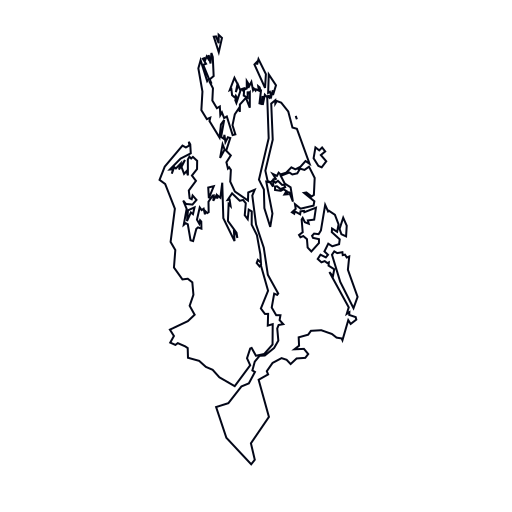 outline of Nærøy nor, Nord-Trøndelag, Norway, rotated 107°
{"feature_id": "86288312B32212303283583", "entity_name": "Nærøy nor", "entity_type": "district", "adm_level": 2, "iso_a3": "NOR", "parent_name": "Norway", "parent_adm1": "Nord-Trøndelag", "projection": "mercator", "projection_center": [11.614, 64.899], "detail": "fine", "context": "isolated", "style": "outline", "palette": "ink", "viewbox_px": 512, "rotation_deg": 107, "n_neighbors": 0, "source": "geoboundaries", "source_scale": "gbopen_adm2", "svg_char_len": 6108}
<svg xmlns="http://www.w3.org/2000/svg" viewBox="0 0 512 512"><g transform="rotate(107 256 256)"><path d="M353.4,208.9L346.2,201.7L346.3,196.4L349.2,191.3L342.1,187.2L339.0,179.1L334.5,177.4L330.8,183.0L334.0,192.0L329.2,188.6L321.3,191.4L316.0,183.1L311.5,181.6L307.9,171.9L308.4,160.5L310.5,155.1L309.8,150.0L311.3,148.7L290.4,149.0L293.3,145.6L287.5,141.5L285.3,142.8L285.1,149.6L282.4,150.3L284.8,152.3L278.0,152.3L249.9,181.1L252.9,176.5L245.8,177.3L244.0,183.8L240.8,184.5L241.9,185.7L240.8,188.8L242.9,191.6L240.8,196.1L235.9,194.7L236.9,188.8L233.8,187.5L231.6,191.9L223.1,190.5L224.4,185.9L220.4,180.0L215.6,180.8L211.0,190.5L207.5,191.3L209.1,185.5L201.6,186.3L193.5,192.6L191.4,199.6L192.3,200.1L186.9,204.8L212.6,201.4L216.8,202.5L217.6,207.0L220.3,208.3L222.0,206.8L221.5,200.7L225.2,199.6L235.5,204.4L232.8,209.1L225.0,212.2L223.1,216.6L225.1,219.0L223.3,221.0L219.6,218.3L207.8,223.0L205.9,222.5L209.4,219.2L209.7,215.0L206.8,216.8L204.2,211.0L192.3,212.8L200.0,222.6L198.8,223.3L200.3,226.5L203.2,226.0L202.0,231.9L204.4,231.8L203.7,234.4L199.3,231.8L195.0,233.9L197.7,227.2L191.0,215.7L186.6,216.2L181.6,228.5L180.5,226.4L182.8,220.2L180.7,218.5L164.2,222.7L155.1,231.4L159.5,234.8L159.6,239.4L164.9,240.7L167.4,245.1L166.4,248.5L172.1,255.8L178.3,249.7L180.2,243.0L193.2,236.6L185.5,242.7L185.8,245.8L187.7,243.8L188.9,246.8L185.0,245.8L184.2,249.2L186.4,251.3L187.3,257.1L184.0,258.1L183.2,256.4L184.8,252.1L181.7,248.2L179.6,249.9L180.4,251.8L177.7,257.0L180.2,258.7L178.8,261.5L183.8,260.1L184.2,260.6L181.5,263.9L181.9,267.9L210.6,252.7L224.0,250.9L207.8,262.0L190.1,267.9L182.1,275.5L139.7,278.3L101.1,291.6L99.8,291.2L100.9,289.0L99.8,288.3L99.0,290.4L100.4,292.7L99.2,294.7L109.6,293.7L101.1,296.5L109.0,295.5L109.0,297.3L95.3,299.8L96.7,300.0L93.7,301.8L93.0,303.5L97.0,301.6L96.6,304.7L97.9,304.8L96.5,306.9L98.3,307.3L90.9,311.3L97.5,312.5L93.5,313.6L91.4,316.0L98.5,313.8L100.4,315.9L99.4,315.7L98.1,316.3L101.1,316.3L100.0,317.7L100.8,318.8L101.6,315.7L106.2,314.6L107.1,310.2L101.2,312.1L102.6,310.7L101.1,309.8L116.0,305.3L107.7,311.9L115.8,315.7L122.9,313.6L119.8,315.6L126.7,317.7L137.8,316.7L145.7,311.3L147.2,313.7L131.1,324.7L133.4,326.8L128.6,330.6L131.7,331.3L123.6,334.3L126.1,336.6L120.1,343.2L108.2,346.2L102.5,351.8L104.2,348.9L100.6,351.9L96.3,349.1L78.4,355.5L74.9,358.0L85.2,355.8L77.7,360.0L81.3,359.4L79.5,361.5L83.0,361.8L81.9,363.3L82.9,364.5L86.8,360.0L88.6,362.4L100.3,352.8L103.1,353.8L85.0,366.2L93.4,366.0L114.4,355.3L132.5,350.9L139.5,343.0L137.1,340.2L140.6,339.9L153.4,325.5L140.4,328.0L135.3,326.2L152.3,324.2L153.3,321.2L149.4,321.6L156.1,318.5L150.7,317.6L150.7,315.1L164.0,315.3L167.2,309.5L175.0,311.7L180.6,308.4L179.1,307.6L181.0,305.2L192.4,302.4L200.5,295.1L205.3,279.9L197.5,282.0L193.0,276.6L199.3,277.2L225.8,265.2L245.8,251.0L270.5,239.2L285.4,223.8L287.0,224.4L286.7,227.6L300.7,225.9L306.7,219.4L305.5,215.3L310.4,214.7L313.2,210.0L315.4,214.2L319.1,214.5L330.4,209.9L338.7,211.8L348.6,218.5L350.4,223.4L357.4,226.3L366.5,226.0L367.2,223.1L379.9,225.6L385.0,231.8L404.8,239.4L412.1,250.0L438.5,231.2L456.6,199.7L451.2,197.6L436.6,206.1L406.1,196.6L373.6,217.3L365.7,209.8L363.0,212.0L353.4,208.9ZM386.7,238.3L362.2,229.6L356.4,234.7L346.2,234.5L345.2,233.3L351.4,226.9L347.3,219.5L335.8,214.3L316.3,220.1L319.1,224.4L307.8,227.5L308.8,230.5L304.8,236.0L285.7,234.3L263.0,248.9L264.9,249.6L262.5,253.3L259.2,253.1L261.0,249.3L253.0,252.4L235.8,261.2L227.3,269.3L214.6,273.1L213.8,276.5L223.2,274.7L220.3,278.7L208.5,281.2L206.2,284.7L207.9,287.7L203.1,297.2L210.7,299.5L209.8,297.7L215.7,294.9L214.2,297.4L230.7,293.1L239.5,281.4L244.2,279.1L241.0,281.1L239.6,284.0L248.0,280.9L229.4,298.3L195.8,309.7L210.7,307.1L209.5,310.1L212.4,309.9L209.5,311.6L215.7,313.0L210.4,314.1L210.9,315.1L218.0,317.3L227.9,314.1L229.2,315.2L228.0,317.5L231.1,317.0L226.1,319.9L228.0,321.4L226.0,324.0L238.5,323.1L241.7,319.7L238.2,319.9L239.1,318.4L245.8,316.2L245.6,319.8L247.5,321.0L260.1,320.5L260.1,323.2L245.6,330.5L245.2,332.8L247.4,334.2L231.2,336.1L224.3,341.8L226.7,338.2L225.4,331.8L219.8,329.3L216.7,334.3L220.5,334.1L220.1,336.4L213.0,339.4L201.7,335.4L197.8,340.8L190.1,337.8L182.2,340.1L179.7,345.3L181.7,346.5L180.5,348.7L183.6,349.4L198.8,344.7L195.1,347.2L198.5,348.8L192.6,353.3L184.9,352.0L195.8,354.9L189.9,355.2L195.7,358.2L194.9,360.2L201.9,360.6L197.3,360.7L198.5,363.7L184.9,356.6L176.9,348.4L168.5,351.5L166.4,353.7L169.7,352.0L172.7,354.8L171.9,358.6L197.2,369.4L211.4,370.5L213.7,363.9L234.5,347.4L267.5,341.8L273.9,334.9L291.0,331.1L299.9,319.5L297.7,314.6L299.8,309.2L311.4,304.5L323.0,304.9L330.1,297.5L338.2,302.1L351.6,316.8L356.5,311.1L363.9,312.7L364.6,307.1L362.2,305.3L363.1,297.4L364.0,294.4L373.2,291.3L372.9,279.7L376.7,271.5L377.5,264.2L382.7,255.6L386.7,238.3ZM152.1,231.8L122.4,254.1L122.5,258.7L108.4,267.4L102.0,276.7L101.7,281.4L104.6,282.1L101.4,283.1L105.8,286.0L139.9,274.0L171.7,272.0L180.9,266.8L181.2,263.5L176.4,260.9L177.0,258.9L172.6,264.0L173.3,259.4L169.7,258.7L170.8,256.4L167.5,251.5L160.9,248.1L161.6,243.7L159.2,241.2L161.2,241.2L150.7,236.4L152.1,231.8ZM265.4,146.9L242.3,164.1L229.2,166.7L230.9,168.7L228.7,171.3L229.8,173.3L227.1,174.5L229.5,179.2L228.7,182.5L232.6,183.7L256.1,167.9L277.4,147.5L265.4,146.9ZM152.0,219.1L144.9,216.5L140.5,223.5L135.8,220.4L132.9,224.5L136.5,226.4L134.8,230.9L145.7,229.5L151.6,222.7L152.0,219.1ZM92.6,296.5L79.2,299.7L67.0,311.2L72.6,310.9L70.4,312.0L73.3,313.5L92.6,296.5ZM102.5,319.2L97.8,323.0L105.2,323.2L96.9,324.0L91.9,328.7L105.0,329.6L103.7,328.3L109.2,325.9L110.7,322.5L108.7,322.2L110.4,320.5L113.0,321.4L115.4,319.5L102.5,319.2ZM97.1,286.8L86.9,286.8L78.6,296.9L96.4,292.1L94.9,290.7L98.5,288.1L92.6,288.4L97.1,286.8ZM210.9,175.6L200.5,178.1L193.9,183.8L205.7,184.0L210.2,180.7L210.9,175.6ZM72.0,351.2L57.4,352.3L55.4,356.4L63.4,353.9L57.7,358.4L58.6,360.5L72.0,351.2ZM234.4,328.5L227.5,329.0L232.2,334.4L242.8,332.2L233.4,331.0L234.4,328.5ZM214.5,318.0L201.6,316.8L204.5,321.7L214.5,318.0ZM172.7,319.0L163.4,317.1L159.0,320.6L172.7,319.0ZM110.4,258.9L111.3,258.4L113.3,256.9L110.4,258.9Z" fill="none" stroke="#020617" stroke-width="2"/></g></svg>